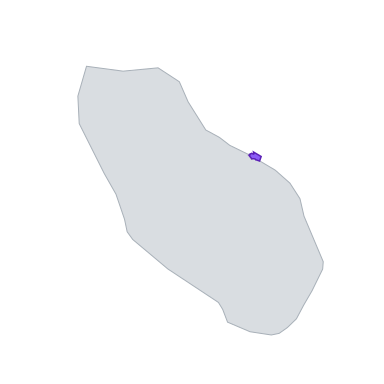 location of 48, Ad Dawhah, Qatar, rotated 315°
{"feature_id": "91078587B17099224452406", "entity_name": "48", "entity_type": "district", "adm_level": 2, "iso_a3": "QAT", "parent_name": "Qatar", "parent_adm1": "Ad Dawhah", "projection": "robinson", "projection_center": [51.565, 25.262], "detail": "fine", "context": "in_parent", "style": "filled", "palette": "violet", "viewbox_px": 384, "rotation_deg": 315, "n_neighbors": 0, "source": "geoboundaries", "source_scale": "gbopen_adm2", "svg_char_len": 1152}
<svg xmlns="http://www.w3.org/2000/svg" viewBox="0 0 384 384"><g transform="rotate(315 192 192)"><path d="M207.1,346.7L191.2,350.9L176.2,355.5L163.7,355.3L153.7,353.6L147.0,349.2L134.2,331.8L125.1,309.2L130.7,296.7L132.6,288.8L120.5,229.4L116.5,183.7L118.0,174.3L125.0,163.6L136.7,139.8L143.0,116.9L160.6,63.9L179.1,43.5L206.3,28.5L228.7,57.8L255.8,80.2L261.0,105.1L253.0,125.5L245.6,157.9L250.0,172.8L251.7,185.7L259.1,207.3L266.3,235.4L267.5,255.0L263.6,273.1L254.1,288.3L235.5,334.1L229.9,338.9L207.1,346.7Z" fill="#d9dde1" stroke="#a8b0b8" stroke-width="1"/><path d="M261.7,217.9L266.0,215.8L263.8,207.4L263.7,207.6L263.4,207.7L263.3,208.1L263.1,208.6L262.6,208.8L262.2,208.6L262.0,208.2L261.8,207.5L261.5,206.8L260.9,206.6L260.2,206.6L259.5,206.1L259.4,206.3L259.2,206.3L259.3,206.3L259.3,206.5L259.2,206.6L259.0,206.4L258.8,206.3L258.7,206.3L258.8,206.4L259.0,206.4L258.9,206.5L259.0,206.5L259.0,206.8L258.9,206.9L258.7,207.0L258.7,206.9L258.4,206.9L258.3,207.0L258.0,208.0L257.9,209.0L257.9,209.7L257.5,210.7L258.5,211.5L259.1,212.0L259.9,213.1L259.9,214.4L260.0,214.4L261.7,217.9Z" fill="#8b5cf6" stroke="#5b21b6" stroke-width="1.5"/></g></svg>